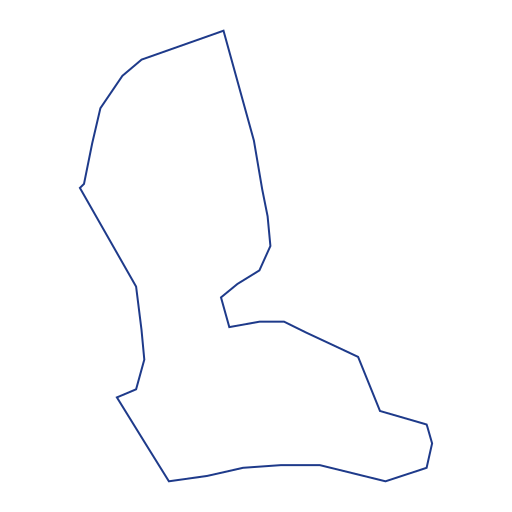 Jongno-gu, Seoul, South Korea
{"feature_id": "91817680B55576639555152", "entity_name": "Jongno-gu", "entity_type": "district", "adm_level": 2, "iso_a3": "KOR", "parent_name": "South Korea", "parent_adm1": "Seoul", "projection": "natural_earth1", "projection_center": [126.983, 37.59], "detail": "fine", "context": "isolated", "style": "outline", "palette": "blue", "viewbox_px": 512, "rotation_deg": 0, "n_neighbors": 0, "source": "geoboundaries", "source_scale": "gbopen_adm2", "svg_char_len": 576}
<svg xmlns="http://www.w3.org/2000/svg" viewBox="0 0 512 512"><path d="M79.9,187.9L136.1,286.6L141.5,329.8L144.3,359.6L136.1,389.3L116.9,397.4L147.0,446.1L168.9,481.3L171.7,480.9L207.3,475.9L243.0,467.8L281.3,465.1L319.7,465.1L385.5,481.3L426.6,467.8L432.1,443.4L427.3,426.6L426.6,424.5L380.0,411.0L358.1,356.9L306.0,332.5L284.1,321.7L259.4,321.7L229.3,327.1L221.0,297.4L237.5,283.9L259.4,270.4L270.4,246.0L267.6,216.3L262.2,189.3L253.9,140.6L223.5,30.7L141.6,59.6L122.4,75.8L100.4,108.2L92.2,143.3L84.0,183.9L79.9,187.9Z" fill="none" stroke="#1e3a8a" stroke-width="2"/></svg>